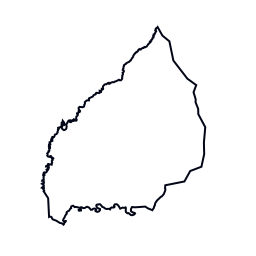 outline of Bu'regxangai, Bulgan, Mongolia, rotated 187°
{"feature_id": "93677404B37856790157054", "entity_name": "Bu'regxangai", "entity_type": "district", "adm_level": 2, "iso_a3": "MNG", "parent_name": "Mongolia", "parent_adm1": "Bulgan", "projection": "albers", "projection_center": [104.281, 48.34], "detail": "fine", "context": "isolated", "style": "outline", "palette": "ink", "viewbox_px": 256, "rotation_deg": 187, "n_neighbors": 0, "source": "geoboundaries", "source_scale": "gbopen_adm2", "svg_char_len": 5890}
<svg xmlns="http://www.w3.org/2000/svg" viewBox="0 0 256 256"><g transform="rotate(187 128 128)"><path d="M195.5,30.1L194.8,30.5L193.5,30.5L192.9,30.1L192.2,28.7L191.4,28.1L188.0,27.3L183.9,25.4L182.0,25.4L180.3,24.2L179.8,24.9L179.6,26.5L178.8,27.0L178.4,27.8L178.4,28.1L178.8,28.1L180.2,27.4L181.2,28.4L180.9,30.0L180.1,31.4L179.8,32.8L178.9,34.8L178.3,35.5L178.7,36.7L178.1,37.6L176.4,38.8L175.5,40.8L174.7,41.4L174.9,42.2L174.8,43.2L173.4,44.1L172.8,44.1L171.4,43.0L170.1,43.3L166.5,43.0L165.9,42.2L165.8,41.3L167.0,40.7L166.9,40.3L166.4,39.9L164.6,40.4L164.6,40.8L165.4,43.1L165.1,43.6L164.4,43.7L162.7,43.0L161.1,43.4L159.6,44.6L159.0,44.8L157.4,44.5L156.1,43.5L154.9,42.3L153.7,42.5L152.7,43.6L151.3,44.0L150.6,43.9L150.0,43.5L149.7,42.9L150.3,41.9L150.1,41.5L148.2,41.0L146.8,41.6L145.9,42.8L145.8,43.4L146.0,44.3L147.6,44.5L148.8,45.2L149.7,46.3L150.0,46.9L149.9,47.7L149.3,48.3L148.4,48.3L147.3,48.9L146.5,48.9L144.9,47.7L144.0,46.6L142.5,46.3L141.1,45.4L139.7,45.0L136.7,45.5L135.9,45.0L135.7,45.3L135.5,46.4L134.5,47.2L133.0,47.2L131.9,47.7L131.8,48.3L132.4,48.8L132.4,49.5L131.9,50.4L131.2,50.8L130.1,50.9L129.5,50.8L128.0,49.7L125.9,47.0L123.7,48.3L121.9,48.3L120.7,48.9L120.4,48.5L120.1,45.1L119.7,44.2L118.1,43.3L117.0,43.6L114.6,42.0L114.0,41.9L112.7,42.1L111.1,43.1L110.6,44.1L111.2,44.6L113.1,44.8L114.8,45.7L115.1,46.5L115.1,47.9L114.5,49.9L114.2,50.1L111.9,50.1L109.9,50.4L101.3,52.1L98.5,50.7L93.8,49.4L93.6,50.2L93.1,50.8L92.6,51.9L92.5,53.5L91.9,54.3L92.0,55.7L91.4,57.8L90.8,58.4L90.6,59.3L87.0,63.7L86.2,64.1L84.4,66.8L83.5,70.3L83.4,71.2L83.5,72.0L83.9,72.6L84.0,75.7L65.5,81.8L61.0,92.9L50.4,98.5L49.2,111.3L50.9,122.9L51.4,138.2L59.9,150.3L60.7,155.6L64.1,161.8L64.3,164.7L67.3,171.5L65.5,178.9L75.1,184.2L91.2,200.5L97.5,219.1L105.1,223.9L110.9,231.8L111.4,231.0L112.2,230.5L112.6,229.8L112.4,229.2L112.6,228.9L112.3,228.5L112.7,228.0L111.9,227.3L112.6,226.1L112.6,225.4L113.0,225.0L113.1,224.1L113.8,224.0L113.7,223.7L114.2,222.7L113.6,222.3L113.8,221.4L114.0,221.3L113.8,220.8L114.7,220.2L114.7,219.2L115.6,218.3L115.4,217.5L116.0,217.0L116.0,216.5L116.4,216.5L116.4,216.1L116.8,216.1L116.7,215.5L117.1,214.7L118.3,213.5L118.8,212.1L119.4,211.2L120.7,210.3L121.1,210.1L121.4,210.4L122.7,209.5L122.7,209.2L123.4,209.0L124.6,208.2L124.7,207.9L125.0,207.8L125.1,207.4L125.7,207.2L126.4,207.7L127.3,206.7L127.6,205.4L128.0,205.2L128.2,204.7L128.9,204.5L128.9,204.1L130.2,203.0L130.3,202.4L130.7,202.1L131.6,200.2L131.6,199.3L131.8,198.8L132.6,197.7L133.5,195.4L134.2,195.0L134.6,194.1L137.6,192.1L138.1,191.1L138.8,190.8L139.7,189.8L139.5,189.0L139.9,188.4L139.8,186.3L140.2,185.8L140.3,185.0L139.7,184.8L139.1,184.1L139.0,183.7L139.4,182.7L140.1,182.3L139.5,180.6L140.0,179.7L140.1,178.9L139.8,178.2L140.0,177.1L139.8,176.7L139.8,176.2L140.4,175.0L140.9,174.5L141.9,174.3L142.8,174.8L145.8,172.8L146.9,172.4L147.7,171.7L149.0,171.6L150.2,171.1L151.6,169.7L152.2,169.6L152.6,170.5L152.8,170.4L153.2,170.3L154.8,168.8L155.8,168.7L156.7,168.1L157.9,166.3L157.8,164.3L157.5,164.1L157.5,163.8L158.6,163.7L158.3,163.1L158.6,163.0L159.0,161.7L160.7,161.6L160.6,161.1L159.3,160.9L159.2,160.4L160.0,160.1L160.4,159.5L161.0,159.1L163.7,159.1L164.3,158.2L164.2,157.5L166.2,156.4L166.7,155.0L170.3,152.7L170.4,152.1L170.0,151.1L170.1,150.6L171.4,150.6L172.6,150.1L174.0,148.4L173.7,147.2L173.9,146.3L174.3,145.6L174.1,145.2L174.2,144.1L174.6,143.6L175.5,143.1L176.3,143.3L176.8,143.0L178.5,143.1L179.4,142.3L179.4,141.1L178.9,140.5L179.0,139.4L178.6,139.1L177.8,139.3L177.6,139.0L178.0,137.9L179.3,137.6L179.4,136.5L180.4,136.3L180.4,135.9L179.6,135.4L179.4,135.0L179.8,133.8L180.6,133.1L180.7,132.2L180.7,131.3L179.9,129.8L180.1,129.2L180.4,128.9L181.2,129.0L182.8,130.1L183.2,129.7L182.3,129.3L182.2,129.0L182.3,128.7L183.4,128.2L184.3,128.4L184.6,128.0L185.5,128.5L185.6,128.2L185.1,127.2L185.5,126.8L186.6,127.0L186.8,127.4L186.7,128.0L187.0,128.4L187.7,128.2L188.3,127.4L188.9,125.6L189.5,124.5L189.6,123.9L189.1,122.0L189.1,120.4L189.4,119.4L190.7,118.3L191.4,118.1L192.9,118.9L193.8,120.0L193.6,121.5L193.8,121.9L193.7,122.5L192.2,124.3L191.6,123.9L191.5,123.4L191.3,123.6L192.1,125.6L193.6,127.1L193.6,126.2L194.5,125.1L194.5,124.7L194.1,124.0L194.4,123.3L194.1,122.3L194.3,121.7L195.2,120.6L197.4,119.7L197.3,119.1L196.6,119.1L196.5,118.8L197.4,117.8L197.1,116.9L197.4,116.2L197.4,115.3L198.3,115.1L197.6,114.9L197.6,114.4L198.2,113.3L199.7,112.5L200.0,110.9L200.3,110.1L200.8,109.9L202.0,109.9L202.1,109.5L201.6,109.2L201.5,108.5L202.4,108.1L202.9,107.4L202.7,107.0L201.6,106.6L201.5,106.0L202.0,105.7L202.9,105.7L203.2,104.7L204.1,104.3L204.0,103.3L203.1,102.6L203.0,102.2L203.4,101.9L204.0,102.1L204.4,101.9L204.4,101.6L203.8,101.3L203.6,100.9L204.3,100.3L204.3,100.0L204.0,99.8L203.2,100.0L203.0,99.6L203.0,98.5L203.9,98.3L203.7,97.5L203.3,96.5L203.4,95.6L204.1,95.4L204.2,95.0L203.9,94.4L205.1,92.9L204.7,92.4L204.5,91.5L204.8,90.8L204.0,90.0L201.9,89.7L201.7,90.0L201.7,90.6L201.0,90.7L200.2,89.7L200.1,89.0L199.9,88.6L199.0,89.2L198.6,89.0L198.4,88.6L199.2,87.9L198.9,87.0L199.6,86.1L199.5,85.1L199.0,84.3L199.3,83.5L199.3,82.3L200.8,82.5L201.7,81.9L202.4,82.6L202.8,82.6L203.1,82.3L203.1,81.8L202.3,81.5L202.1,80.6L202.3,80.1L203.1,80.1L204.1,80.5L204.7,80.1L204.7,79.9L204.1,80.1L203.4,80.0L202.9,79.1L202.1,79.6L201.8,79.3L201.7,78.8L201.9,78.3L202.5,78.0L202.1,77.2L202.3,76.7L203.6,76.9L203.8,76.7L203.3,75.9L203.1,75.4L203.6,74.2L204.4,73.6L205.5,73.8L206.1,73.5L205.8,72.4L206.5,71.8L206.5,71.5L205.4,71.9L205.1,71.2L206.1,70.4L205.7,69.5L205.9,68.7L205.6,68.2L205.6,67.3L205.4,66.9L206.3,65.6L206.7,65.6L206.8,65.2L205.2,65.3L205.1,64.9L205.3,64.3L204.7,63.5L204.9,63.0L206.3,62.5L206.6,62.2L205.3,61.8L205.1,61.1L204.6,60.9L204.5,60.5L205.0,59.8L204.8,58.8L205.4,58.4L206.0,58.5L206.2,58.2L205.3,58.0L204.2,58.4L204.1,57.8L204.7,57.1L203.5,55.7L203.5,55.0L203.9,54.8L198.7,48.6L195.5,30.1Z" fill="none" stroke="#020617" stroke-width="2"/></g></svg>